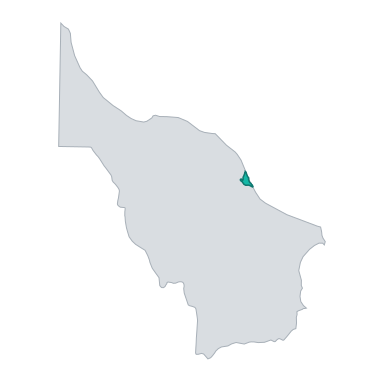 Grand Casablanca on a map of Morocco (Mercator projection), rotated 91°
{"feature_id": "MAR-1450", "entity_name": "Grand Casablanca", "entity_type": "Region", "adm_level": 1, "iso_a3": "MAR", "parent_name": "Morocco", "parent_adm1": "", "projection": "mercator", "projection_center": [-7.577, 33.547], "detail": "fine", "context": "in_parent", "style": "filled", "palette": "teal", "viewbox_px": 384, "rotation_deg": 91, "n_neighbors": 0, "source": "natural_earth", "source_scale": "10m", "svg_char_len": 3182}
<svg xmlns="http://www.w3.org/2000/svg" viewBox="0 0 384 384"><g transform="rotate(91 192 192)"><path d="M28.7,322.9L31.3,318.4L35.5,316.4L44.5,315.5L57.8,311.7L69.7,306.1L73.1,303.8L76.7,299.3L82.7,293.4L93.9,286.3L99.1,282.4L107.0,272.4L112.2,264.1L116.6,258.8L119.6,254.1L121.7,249.3L122.9,241.5L122.1,238.5L118.7,233.5L116.5,232.2L115.9,229.8L117.1,225.7L117.1,218.5L117.8,207.1L121.5,197.8L130.5,185.6L132.2,180.6L133.2,172.6L133.3,169.8L144.6,158.4L151.2,149.6L153.5,147.5L159.3,143.5L179.7,134.7L191.2,128.4L197.9,123.8L201.9,118.3L213.0,96.8L223.9,66.3L224.8,62.8L229.6,61.7L233.1,61.3L235.9,60.2L239.3,57.9L242.6,58.8L240.9,60.4L240.9,64.1L243.3,68.6L247.3,73.5L254.7,79.8L260.5,82.4L268.7,83.9L278.3,81.1L283.6,81.1L286.2,79.9L289.1,81.6L294.5,82.2L299.7,81.3L303.6,78.6L306.1,75.6L306.5,77.1L306.6,78.7L307.4,79.6L308.9,83.5L309.8,85.0L312.7,84.8L315.4,85.5L321.2,85.2L326.8,85.8L327.6,88.3L329.3,90.3L335.1,94.8L338.5,97.7L338.6,98.6L337.5,100.9L337.0,102.5L338.0,104.2L340.1,106.2L340.2,107.2L339.7,108.3L338.6,110.5L341.0,116.9L341.4,123.1L340.8,127.5L340.8,130.0L341.1,132.1L343.1,137.1L341.7,145.3L343.2,149.8L345.3,153.4L346.4,159.8L348.1,162.9L350.7,165.5L352.3,166.4L355.3,168.6L357.4,170.5L358.6,173.2L356.0,175.5L353.8,177.5L353.2,179.6L354.2,183.1L354.2,185.0L352.9,185.6L347.3,185.4L343.0,185.2L337.9,185.1L330.9,184.7L326.5,184.5L320.5,184.2L318.5,184.4L313.0,185.3L309.1,186.0L308.5,186.2L307.3,187.1L306.4,189.6L305.7,192.5L304.9,193.8L293.2,198.0L288.7,198.6L286.1,198.2L284.2,198.5L282.6,199.4L282.0,200.8L281.9,202.5L282.3,204.3L283.4,206.7L283.6,209.1L282.9,210.8L282.7,212.5L282.4,214.4L283.0,215.4L284.1,215.6L285.2,216.4L286.8,217.2L288.1,218.7L288.1,220.7L287.0,221.9L286.0,222.6L281.7,223.1L278.2,223.5L273.7,226.9L268.9,230.4L263.2,232.8L260.7,233.4L256.4,235.1L251.1,237.9L248.5,242.3L245.3,247.5L242.2,250.9L237.9,254.1L233.9,255.4L228.9,256.9L222.6,258.1L218.1,258.5L216.8,258.8L212.8,258.8L210.9,258.6L209.5,258.5L208.9,258.8L208.7,259.6L208.6,261.4L208.4,263.5L207.1,265.3L206.2,266.1L205.2,266.4L201.9,266.0L199.1,265.4L192.5,264.6L191.2,264.8L190.7,265.0L188.7,266.2L185.5,268.8L183.4,271.0L181.8,272.0L177.9,272.6L176.3,273.4L169.1,278.9L167.6,280.2L160.3,285.0L158.2,286.6L156.6,288.2L152.2,291.7L149.4,293.3L148.9,294.2L148.8,296.3L148.8,301.1L148.8,305.6L148.8,312.3L148.8,318.9L148.8,326.1L25.4,326.1L28.7,322.9Z" fill="#d9dde1" stroke="#a8b0b8" stroke-width="1"/><path d="M170.7,139.0L171.2,138.4L171.9,138.1L173.7,137.6L174.8,137.0L175.3,136.9L175.8,136.6L176.3,136.0L176.8,135.6L177.3,135.7L177.6,135.5L177.9,135.6L178.1,135.7L178.4,135.7L178.7,135.6L179.2,135.3L180.0,135.2L180.6,134.9L181.1,134.6L181.5,134.4L182.4,133.1L183.2,132.8L184.0,131.8L184.5,131.6L184.3,131.9L184.8,132.1L185.4,131.9L185.7,131.7L185.8,131.7L185.6,132.3L185.2,132.8L185.0,133.5L184.5,134.3L184.3,134.9L184.1,135.9L184.2,136.4L184.2,137.0L184.3,137.6L184.3,138.5L183.4,140.2L180.9,142.0L180.0,143.3L179.6,143.6L179.1,143.9L178.5,143.7L178.2,143.2L178.3,142.5L179.3,141.5L178.9,141.1L177.2,141.1L176.4,141.2L174.5,140.3L173.5,140.0L172.8,139.7L171.4,139.5L170.8,139.0L170.7,139.0L170.7,139.0Z" fill="#14b8a6" stroke="#0f766e" stroke-width="1.5"/></g></svg>